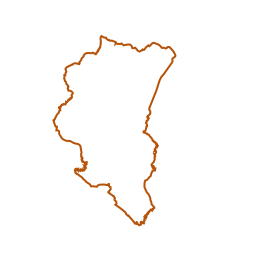 the district of Srae Ambel, Kaôh Kong, Cambodia, rotated 341°
{"feature_id": "14789045B17636878370616", "entity_name": "Srae Ambel", "entity_type": "district", "adm_level": 2, "iso_a3": "KHM", "parent_name": "Cambodia", "parent_adm1": "Kaôh Kong", "projection": "orthographic", "projection_center": [103.727, 11.257], "detail": "fine", "context": "isolated", "style": "outline", "palette": "amber", "viewbox_px": 256, "rotation_deg": 341, "n_neighbors": 0, "source": "geoboundaries", "source_scale": "gbopen_adm2", "svg_char_len": 5754}
<svg xmlns="http://www.w3.org/2000/svg" viewBox="0 0 256 256"><g transform="rotate(341 128 128)"><path d="M132.8,32.4L131.9,33.1L131.3,34.0L130.5,37.3L129.9,38.4L129.9,39.2L129.4,39.7L128.7,41.4L128.1,42.0L127.7,43.0L127.0,43.5L126.6,43.4L126.3,43.9L125.7,44.1L125.4,45.0L124.8,45.0L124.9,45.4L124.6,45.9L124.1,45.8L123.4,46.4L122.5,46.7L122.0,47.7L121.6,47.8L121.0,46.9L120.4,46.7L119.4,45.3L117.6,45.4L114.7,44.0L112.7,43.7L110.5,44.4L109.7,45.0L109.3,45.9L107.9,46.6L107.2,46.8L106.4,47.6L106.0,48.4L103.1,50.3L103.3,51.1L102.7,51.7L99.2,49.6L98.1,49.4L97.1,49.5L96.2,50.1L95.2,49.7L93.9,50.2L92.2,50.1L91.6,50.4L90.1,50.5L88.4,51.4L88.4,52.0L87.9,52.6L88.1,54.3L87.9,54.9L87.1,55.4L86.2,56.8L86.0,57.6L85.1,57.4L85.2,57.9L84.8,58.2L84.8,58.6L83.9,60.0L83.7,63.2L84.3,64.0L84.1,66.2L85.1,68.7L84.8,69.0L85.0,69.6L84.4,70.1L84.5,70.6L83.8,71.2L83.9,72.0L83.8,72.9L83.9,73.3L84.8,73.6L85.9,74.4L86.7,75.4L87.2,76.8L86.6,77.8L85.4,78.4L85.1,80.6L84.1,81.5L83.5,80.9L83.1,81.0L82.7,81.8L81.9,82.4L81.4,81.8L80.9,81.7L80.3,82.8L79.3,83.1L79.0,83.7L78.3,83.7L77.9,83.2L77.3,84.5L77.0,84.6L76.5,85.3L75.3,84.7L75.0,84.3L74.5,84.3L73.8,84.9L73.0,84.5L72.6,84.6L71.6,85.4L71.7,85.7L71.4,86.1L70.5,85.8L69.6,85.9L69.3,86.6L70.1,87.7L69.8,88.1L69.7,89.2L68.9,89.1L67.5,91.0L64.8,92.5L63.3,94.2L62.9,94.3L61.5,96.0L60.0,96.4L60.3,97.3L59.8,98.2L60.0,102.8L60.3,103.2L61.2,103.5L61.2,103.8L59.5,106.9L61.1,107.6L61.8,108.7L61.0,111.2L62.0,115.7L62.6,117.1L64.8,119.5L66.3,120.4L69.0,121.4L71.8,124.5L73.2,125.6L74.4,126.1L76.0,127.3L76.7,128.4L77.1,129.5L76.1,136.1L75.1,137.5L74.8,139.0L74.9,139.3L74.4,139.8L74.8,140.3L74.9,141.1L75.2,141.4L75.1,141.6L74.7,141.2L74.5,141.5L74.8,141.8L74.3,142.8L74.3,143.3L74.1,143.5L73.8,143.3L73.7,143.8L73.8,144.9L74.3,145.0L74.3,145.4L74.9,145.9L75.2,145.7L75.6,146.8L77.2,146.8L76.9,147.5L76.2,147.6L76.0,148.1L76.1,148.3L77.3,147.9L77.0,148.4L77.1,148.6L75.8,149.4L75.1,149.4L74.5,149.1L74.8,150.0L74.1,150.4L74.9,150.8L74.4,151.8L75.2,151.9L75.2,152.1L74.1,152.5L73.4,153.3L72.5,153.8L72.1,153.4L72.0,152.6L71.3,153.5L70.9,153.6L70.2,152.7L70.4,152.0L69.9,151.7L69.1,152.9L68.6,152.2L68.2,152.0L67.1,152.7L66.8,151.4L67.0,151.1L67.7,150.9L67.8,150.3L67.2,150.3L65.6,151.1L65.3,150.9L65.5,149.6L65.0,149.6L63.9,150.8L64.2,151.6L63.7,152.8L64.1,153.4L64.1,153.8L64.3,154.5L65.0,154.9L66.5,156.9L66.7,157.5L67.4,158.2L68.5,159.9L69.2,161.9L70.5,164.0L70.8,165.2L73.4,168.5L73.9,169.7L74.0,171.1L76.1,171.8L79.6,173.4L80.1,172.9L81.4,172.4L82.9,172.4L87.1,173.7L89.9,175.3L90.5,175.2L90.9,174.7L91.7,174.8L91.2,176.9L91.6,177.8L92.2,178.1L91.7,180.2L89.4,181.7L88.7,181.9L88.5,182.2L88.5,182.9L88.8,183.2L89.3,183.3L89.4,183.9L89.9,184.8L90.9,185.9L91.7,187.4L92.2,187.6L92.4,188.1L92.4,189.4L92.8,189.9L92.4,190.3L92.2,191.1L91.8,191.6L92.9,193.9L92.6,195.6L92.1,196.1L91.1,196.5L94.9,201.7L97.8,206.4L98.3,207.7L98.2,208.9L98.8,209.9L99.8,210.8L99.5,211.1L100.3,212.1L102.0,216.1L103.6,220.8L104.6,220.6L105.4,219.8L105.7,219.8L105.8,220.2L105.2,220.8L105.2,221.7L106.4,222.4L106.8,223.5L107.0,223.6L109.0,223.5L109.2,222.8L109.0,221.5L109.8,221.0L110.2,221.1L110.9,222.5L112.0,223.4L112.3,223.1L111.5,222.4L111.5,221.9L113.9,220.7L113.6,219.9L114.1,219.0L114.6,218.8L114.6,218.2L115.5,219.0L115.6,218.7L116.1,218.4L115.8,218.2L115.7,217.7L115.0,217.8L115.3,217.6L115.5,216.9L116.0,217.1L116.2,216.6L116.5,216.9L116.7,216.4L117.1,216.6L117.3,216.3L117.8,216.2L117.9,215.9L118.5,216.0L118.9,215.7L119.0,215.3L119.3,215.4L119.4,215.0L118.8,214.8L119.3,214.4L119.9,214.1L120.2,214.2L120.4,214.0L120.9,214.2L121.2,213.9L121.2,213.6L121.7,213.5L122.0,213.2L122.4,213.2L122.8,212.7L123.3,213.3L123.3,212.9L124.1,213.1L124.1,212.8L124.6,212.7L125.1,213.0L125.2,212.4L126.9,212.1L126.9,211.2L125.6,208.1L125.5,207.3L125.9,206.3L125.8,203.3L126.3,201.1L125.9,197.5L124.8,194.8L124.3,189.4L125.8,185.2L127.2,183.3L128.7,183.3L129.4,183.1L132.7,181.2L133.8,180.8L135.0,178.9L136.8,176.9L138.3,176.6L139.8,176.9L140.1,176.5L140.1,175.9L140.6,175.2L139.0,174.6L139.8,174.2L140.0,173.8L139.9,172.9L139.8,172.3L139.1,172.0L138.9,172.3L139.4,172.8L139.3,173.3L138.8,173.6L138.4,173.2L138.2,170.5L138.6,170.0L141.3,168.5L143.3,166.0L143.3,164.8L143.6,164.2L143.9,163.9L144.5,163.8L144.6,163.4L144.6,162.5L144.3,162.0L144.5,161.8L144.4,161.0L145.3,161.3L146.8,159.9L146.7,159.2L146.3,158.8L146.8,158.2L146.6,157.9L145.8,158.1L146.3,157.5L146.4,156.6L147.3,156.4L148.4,154.9L148.7,154.9L149.2,155.6L150.5,154.4L150.0,153.2L150.1,152.1L149.9,151.9L149.7,152.1L149.6,152.6L149.3,152.8L149.0,151.5L149.2,150.4L148.1,149.8L148.0,148.6L147.3,148.3L147.1,148.0L147.4,147.0L146.7,144.5L145.9,142.9L145.7,141.4L144.4,140.4L144.5,139.8L144.3,139.5L143.7,139.4L142.8,138.3L141.4,137.4L141.4,136.7L141.7,136.3L141.9,136.4L141.7,136.7L142.0,136.8L143.5,136.3L145.2,134.0L145.8,132.7L146.7,132.5L147.0,130.8L146.6,129.2L146.9,128.8L147.4,128.7L147.9,127.3L148.3,127.1L148.9,127.3L150.8,125.6L150.0,124.9L150.4,124.4L149.8,123.7L150.6,123.0L152.4,122.5L153.3,122.0L153.4,121.5L154.1,121.0L154.5,119.3L154.0,117.5L154.6,116.2L166.6,102.3L173.5,93.1L176.4,90.4L178.8,89.1L190.6,80.7L191.9,79.3L192.2,77.4L193.5,76.5L195.6,75.9L196.2,75.4L196.5,74.6L196.1,71.5L195.2,68.5L193.5,64.9L191.6,64.3L190.5,65.1L189.7,65.1L187.6,63.6L186.2,63.4L184.9,60.3L184.0,59.1L180.3,55.9L178.8,55.7L175.3,57.5L174.8,57.6L174.3,56.5L174.0,56.5L172.9,57.1L171.8,57.2L168.8,59.3L167.9,59.2L167.5,58.5L166.8,58.7L166.3,59.2L163.7,59.4L162.3,58.0L161.7,56.0L160.8,54.3L159.7,54.5L158.1,53.9L158.1,51.7L157.5,50.3L156.8,49.7L155.2,49.0L150.8,48.4L149.3,46.0L147.8,46.1L145.1,44.8L144.4,44.1L143.6,44.4L144.4,43.1L144.4,42.8L141.2,40.1L139.6,39.8L138.9,38.7L138.0,38.6L136.6,36.3L136.6,35.4L135.7,35.0L134.9,34.8L132.8,32.4Z" fill="none" stroke="#b45309" stroke-width="2"/></g></svg>